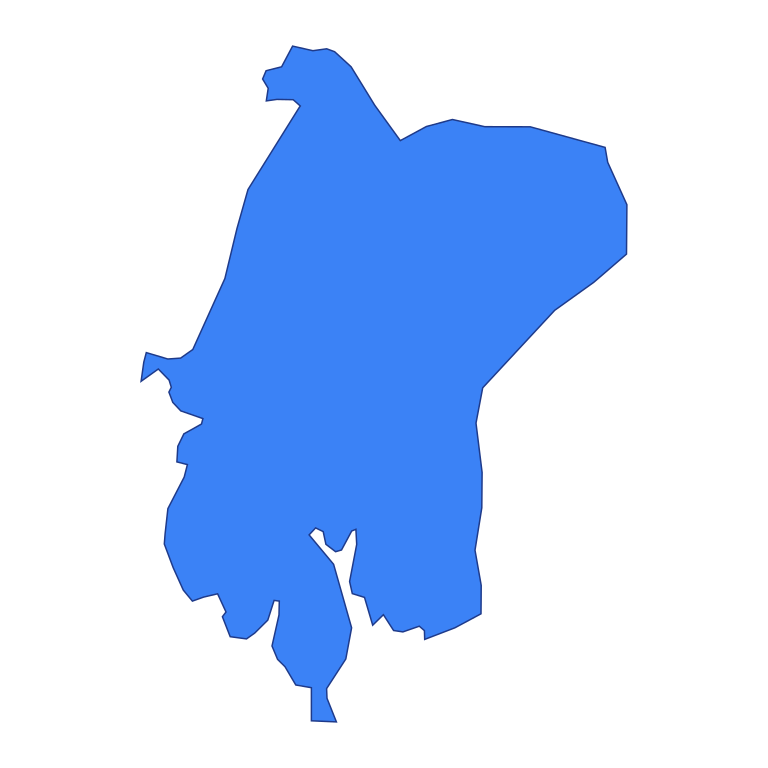 the district of Onchon, P'yŏngan-namdo, North Korea
{"feature_id": "82179303B53175016570528", "entity_name": "Onchon", "entity_type": "district", "adm_level": 2, "iso_a3": "PRK", "parent_name": "North Korea", "parent_adm1": "P'yŏngan-namdo", "projection": "equal_earth", "projection_center": [125.215, 38.867], "detail": "fine", "context": "isolated", "style": "filled", "palette": "blue", "viewbox_px": 768, "rotation_deg": 0, "n_neighbors": 0, "source": "geoboundaries", "source_scale": "gbopen_adm2", "svg_char_len": 1452}
<svg xmlns="http://www.w3.org/2000/svg" viewBox="0 0 768 768"><path d="M326.7,48.8L312.9,50.7L292.6,46.1L281.6,66.8L266.1,70.7L262.6,79.0L268.2,88.3L266.3,100.9L276.9,99.4L293.2,99.7L300.3,106.0L299.1,107.7L248.0,189.5L237.0,228.4L224.9,278.5L192.8,349.5L180.6,358.1L167.8,359.0L146.3,352.6L143.8,362.1L141.1,381.3L158.3,369.0L169.1,380.1L171.3,387.3L168.9,392.1L172.8,402.4L180.8,410.9L202.9,418.6L201.5,424.0L189.2,430.9L183.9,433.8L177.8,446.3L176.9,461.9L187.4,464.6L184.2,477.1L167.9,508.6L165.1,533.8L164.3,544.0L173.2,567.7L183.3,590.1L192.4,601.1L203.6,597.1L217.6,593.8L226.0,612.0L222.4,616.7L230.2,636.7L246.5,638.9L254.8,633.0L267.8,620.1L274.1,600.4L279.3,601.1L279.0,614.9L272.0,646.0L277.6,659.4L285.0,666.7L295.8,685.0L311.4,687.7L311.4,720.8L336.4,721.9L327.0,698.3L326.6,688.6L345.8,659.0L351.6,627.8L333.6,564.3L309.1,534.9L315.6,527.9L323.2,531.6L325.9,544.3L335.6,551.7L341.5,550.0L348.0,537.9L351.7,531.0L355.9,529.3L356.7,544.4L349.6,581.5L352.3,593.6L364.5,597.4L372.7,625.2L383.4,614.7L393.6,630.5L402.9,631.9L419.3,626.2L424.4,630.6L424.7,639.4L454.9,627.8L481.0,613.8L481.1,601.1L481.2,585.5L480.7,582.5L475.0,550.2L481.8,507.8L482.1,472.5L476.0,423.1L482.7,387.8L528.5,338.5L554.7,310.3L593.9,282.2L626.5,254.1L626.7,229.3L626.9,204.7L607.7,162.3L605.1,147.4L530.2,126.8L484.8,126.7L452.4,119.5L426.4,126.5L400.3,140.6L374.7,105.2L351.1,66.8L334.6,51.7L326.7,48.8Z" fill="#3b82f6" stroke="#1e3a8a" stroke-width="1.5"/></svg>